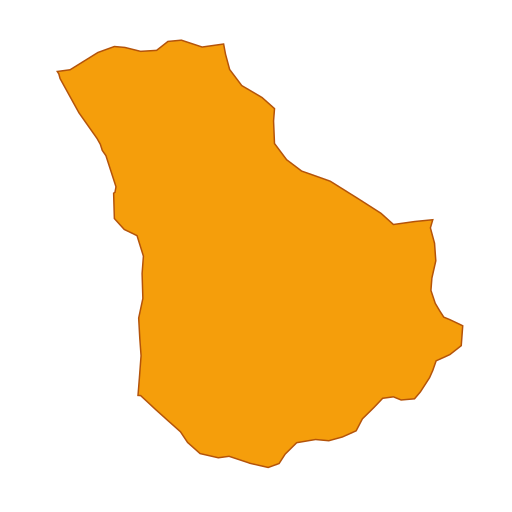 Sinhung, Hamgyŏng-namdo, North Korea (Natural Earth projection), rotated 274°
{"feature_id": "82179303B53420606691311", "entity_name": "Sinhung", "entity_type": "district", "adm_level": 2, "iso_a3": "PRK", "parent_name": "North Korea", "parent_adm1": "Hamgyŏng-namdo", "projection": "natural_earth1", "projection_center": [127.653, 40.262], "detail": "fine", "context": "isolated", "style": "filled", "palette": "amber", "viewbox_px": 512, "rotation_deg": 274, "n_neighbors": 0, "source": "geoboundaries", "source_scale": "gbopen_adm2", "svg_char_len": 1234}
<svg xmlns="http://www.w3.org/2000/svg" viewBox="0 0 512 512"><g transform="rotate(274 256 256)"><path d="M304.5,429.8L301.5,412.1L297.0,390.9L307.3,377.7L320.3,353.9L335.8,324.8L343.9,295.6L354.2,279.8L369.5,266.6L391.9,264.1L404.3,264.2L414.5,251.0L425.0,229.9L440.2,216.7L455.2,211.5L465.2,208.9L460.7,187.7L466.1,166.5L463.9,153.2L454.2,142.5L452.1,126.6L454.9,110.7L455.1,100.1L448.0,84.1L438.4,70.8L428.8,57.5L426.2,44.9L423.9,46.6L419.3,48.2L386.5,69.4L362.2,89.2L356.6,92.9L350.6,95.3L345.6,99.3L315.3,111.5L309.8,110.9L308.7,109.6L283.5,112.1L273.3,122.7L268.0,135.9L248.0,143.7L230.6,143.6L205.7,146.1L185.9,143.3L165.9,145.8L148.5,148.3L128.6,148.2L116.2,148.1L108.7,148.0L108.7,150.7L95.9,166.5L85.6,179.7L75.4,192.9L65.2,200.8L55.0,214.0L52.1,232.5L54.3,243.1L51.6,253.7L49.3,262.7L48.8,264.3L45.9,282.9L50.6,293.5L60.4,298.9L72.6,309.6L77.1,328.2L76.8,341.5L81.5,354.8L88.6,368.1L101.0,373.5L113.1,384.2L122.9,392.3L125.1,402.9L122.5,410.8L124.6,424.1L132.0,429.5L146.7,437.6L154.1,440.3L164.0,443.0L171.2,456.3L180.9,467.0L200.8,467.1L206.0,453.9L208.1,447.6L213.8,443.3L221.3,438.1L233.9,432.9L246.3,433.0L263.7,435.7L281.2,433.2L296.2,428.0L304.5,429.8Z" fill="#f59e0b" stroke="#b45309" stroke-width="1.5"/></g></svg>